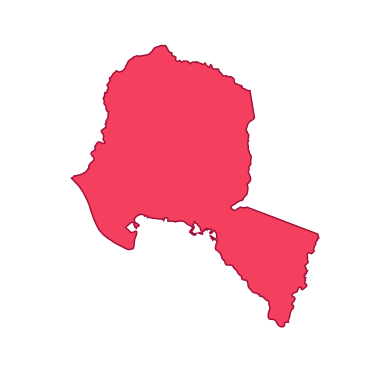 Arroio Grande, Rio Grande do Sul, Brazil, rotated 79°
{"feature_id": "56859067B21343719092926", "entity_name": "Arroio Grande", "entity_type": "district", "adm_level": 2, "iso_a3": "BRA", "parent_name": "Brazil", "parent_adm1": "Rio Grande do Sul", "projection": "orthographic", "projection_center": [-52.86, -32.195], "detail": "fine", "context": "isolated", "style": "filled", "palette": "rose", "viewbox_px": 384, "rotation_deg": 79, "n_neighbors": 0, "source": "geoboundaries", "source_scale": "gbopen_adm2", "svg_char_len": 6018}
<svg xmlns="http://www.w3.org/2000/svg" viewBox="0 0 384 384"><g transform="rotate(79 192 192)"><path d="M233.5,189.3L232.4,188.0L232.2,186.6L230.8,186.9L231.1,185.4L232.0,184.4L230.5,184.2L232.2,182.2L231.6,180.7L232.5,180.2L233.5,180.3L234.6,181.1L235.3,182.3L236.4,182.1L235.8,180.0L233.8,177.8L234.8,176.9L237.5,176.0L239.5,176.1L241.0,176.4L244.0,176.4L250.4,179.4L251.8,179.8L253.3,179.5L254.3,178.2L256.3,176.8L258.3,175.7L261.0,175.2L262.4,175.3L265.0,174.0L265.8,173.3L266.8,173.0L268.3,173.0L269.9,172.5L270.6,170.6L271.0,168.0L271.8,166.6L272.6,166.0L274.4,165.5L275.9,164.5L277.1,163.4L281.7,161.8L284.1,159.7L285.2,159.5L286.4,159.8L287.6,159.1L289.1,155.6L290.4,154.6L295.5,154.8L297.0,154.3L301.6,151.6L302.7,150.4L303.6,147.9L305.9,145.4L306.9,145.6L308.0,143.2L308.9,142.1L311.8,140.1L313.0,138.9L313.4,137.7L314.7,137.4L316.6,137.9L317.6,137.8L320.1,137.5L322.3,138.3L324.8,139.8L326.5,140.4L328.9,141.0L330.4,140.9L331.4,140.3L331.9,139.3L332.9,135.7L334.7,134.2L338.6,133.1L340.8,131.2L341.4,130.0L341.6,128.4L341.2,127.1L340.1,126.5L338.9,126.4L337.9,125.4L338.1,122.1L336.5,122.1L333.3,120.1L329.7,118.7L328.5,118.1L327.0,116.9L326.0,115.5L325.1,114.7L323.8,114.0L322.5,114.3L321.9,115.5L320.8,115.4L317.9,112.1L316.1,111.2L314.7,111.7L313.8,113.1L312.7,113.5L311.8,113.2L310.5,111.5L310.2,108.4L309.2,107.4L306.8,106.0L306.2,105.1L306.0,103.8L306.7,103.0L308.1,103.4L308.9,102.3L308.5,101.1L306.2,97.3L305.1,97.2L303.9,97.7L303.0,98.7L301.7,98.6L300.2,97.3L298.5,97.6L297.8,96.7L297.2,97.7L296.3,98.2L295.0,96.5L294.0,96.7L293.8,95.4L292.6,95.2L292.2,94.1L291.0,93.6L290.2,94.4L289.1,95.1L288.1,94.6L286.9,95.2L285.4,94.8L283.7,91.9L282.8,91.3L280.4,91.6L277.7,91.0L276.1,91.2L274.9,90.7L273.9,89.5L274.3,87.7L275.3,86.8L274.8,85.2L273.1,83.3L272.1,83.7L270.9,83.4L267.9,81.6L267.1,80.7L266.1,80.3L265.0,80.3L263.3,78.2L261.7,77.8L261.9,76.7L260.8,76.3L257.3,76.6L217.4,140.9L217.5,142.9L217.2,145.3L216.1,147.2L218.5,153.9L215.6,156.6L214.1,156.7L213.1,155.5L212.0,152.1L211.3,151.0L209.6,146.2L209.8,144.5L209.1,143.3L207.7,142.8L207.1,141.6L205.9,140.4L205.1,138.8L204.1,138.6L203.3,137.9L200.2,136.7L198.2,136.3L196.9,136.4L196.0,136.2L194.7,136.5L193.9,134.6L192.8,133.8L192.1,132.4L189.0,131.8L185.5,132.4L184.2,133.0L183.0,132.8L180.4,131.6L177.9,131.3L176.2,129.1L172.6,128.5L168.9,127.1L166.1,127.6L164.8,128.2L161.9,128.3L160.8,128.7L158.3,128.0L155.7,128.1L153.8,127.8L152.4,126.6L151.1,127.3L150.3,126.5L146.9,125.4L145.6,125.8L144.8,126.5L143.8,126.3L142.6,126.6L141.8,127.4L135.5,123.9L133.6,121.5L133.2,119.8L132.5,118.4L131.8,117.3L130.8,116.5L103.4,115.8L103.4,117.2L102.6,118.6L100.5,121.2L99.7,122.6L98.5,123.5L97.9,122.6L96.7,123.6L96.3,124.7L93.8,128.7L92.1,129.7L90.4,129.2L88.7,129.4L86.9,131.0L85.9,132.2L86.1,134.0L84.5,136.1L84.2,138.7L83.0,139.9L80.9,140.7L78.3,142.7L76.8,142.3L76.0,143.8L75.4,147.3L74.6,148.3L71.5,148.5L70.5,149.6L73.0,151.0L72.1,152.3L70.2,153.9L68.0,154.3L69.1,157.1L67.8,158.2L66.9,160.1L65.1,162.4L65.8,163.5L64.9,164.2L64.6,166.9L65.8,169.6L64.4,170.0L63.5,170.7L62.3,172.6L62.4,173.7L61.8,175.0L62.6,177.6L61.7,178.3L60.6,178.7L60.9,181.5L60.4,182.5L59.2,183.0L56.7,182.1L55.4,183.4L54.9,184.8L54.0,185.5L51.4,185.3L51.2,186.5L50.1,187.5L49.2,188.0L43.8,189.7L42.9,190.8L43.0,192.1L42.4,193.6L42.4,195.8L43.0,197.3L42.9,199.0L43.7,201.7L44.8,203.0L45.9,203.9L48.5,207.8L48.8,210.7L48.8,214.0L48.6,215.6L48.8,217.2L47.8,220.1L48.4,223.6L49.4,225.1L50.1,227.2L51.5,229.6L54.1,231.4L55.5,232.8L56.7,233.3L58.1,234.3L59.9,237.2L60.3,238.8L60.3,240.7L58.6,243.2L59.5,244.4L61.3,247.3L63.8,249.3L64.1,250.9L65.2,251.5L66.3,251.0L68.4,252.4L70.7,255.1L72.9,254.3L74.1,254.2L74.9,254.8L75.6,255.9L77.7,256.4L78.5,257.6L77.7,258.5L80.3,259.5L81.4,259.5L82.1,260.5L83.5,261.3L86.0,260.7L87.8,261.4L88.9,261.4L91.0,260.3L92.2,260.1L93.3,260.6L94.4,260.5L96.8,259.8L97.6,258.6L99.7,259.6L101.2,259.6L104.0,260.9L104.9,262.0L105.9,262.8L107.5,262.6L108.0,263.8L108.9,264.2L111.8,263.8L114.4,269.3L115.4,269.4L116.7,269.1L117.8,268.4L120.3,268.0L121.8,268.4L122.8,269.2L124.0,269.1L126.2,268.1L127.5,268.5L127.2,270.6L126.4,271.4L125.0,273.8L125.2,275.0L126.9,277.0L127.8,277.5L128.7,278.8L129.9,278.6L131.7,278.9L132.5,279.9L133.5,282.5L134.2,283.4L135.3,283.8L137.7,283.0L138.6,282.2L140.4,282.0L142.1,282.2L143.7,285.2L144.8,286.6L146.4,288.1L147.7,288.7L149.1,288.7L149.6,290.0L150.7,290.8L152.1,292.7L152.6,293.8L152.8,295.2L153.5,296.1L153.5,297.6L154.0,300.0L153.7,301.5L154.1,302.9L153.6,304.5L154.7,305.6L155.4,307.7L164.8,301.7L171.5,298.9L180.5,296.3L186.6,295.2L192.6,294.6L199.7,293.5L204.3,292.5L210.4,290.8L211.5,290.3L215.8,287.9L217.6,286.7L222.2,282.6L223.6,281.0L226.1,278.7L228.6,275.8L235.7,266.8L236.5,265.2L236.6,262.4L236.3,260.6L234.3,259.4L227.4,257.3L223.6,254.9L220.6,253.8L219.7,254.6L220.2,257.0L220.2,259.7L216.5,262.1L215.5,263.1L214.1,263.8L213.1,262.5L210.6,258.1L210.2,256.9L210.6,255.7L211.8,254.7L212.9,255.3L214.1,254.6L215.4,254.9L217.0,253.5L215.6,252.6L215.4,251.1L214.6,250.2L213.6,250.8L211.1,253.6L208.2,254.1L206.9,253.1L205.5,251.7L204.4,248.7L204.2,247.0L204.5,245.0L205.3,243.6L206.7,243.1L206.6,241.7L207.2,240.5L208.6,240.6L208.6,239.3L210.0,236.0L212.0,230.1L212.4,228.2L213.2,226.6L213.0,225.5L214.5,225.2L213.4,224.4L212.3,224.0L212.3,222.4L213.1,221.0L214.6,220.9L216.0,221.2L217.0,216.5L218.2,214.0L217.9,212.5L218.2,211.1L218.1,209.3L218.6,207.4L219.4,205.6L221.3,203.8L222.4,203.1L226.1,198.5L227.5,198.4L229.0,200.0L229.7,201.2L230.9,201.9L233.5,199.8L234.7,198.4L234.7,196.4L233.6,196.0L233.9,197.3L233.0,198.2L232.3,199.3L231.4,199.8L230.1,199.5L227.9,196.9L226.8,196.4L224.6,197.6L223.5,196.4L221.5,195.6L222.6,194.6L223.6,194.3L224.0,193.1L225.5,192.8L227.7,191.1L228.9,190.7L230.4,190.9L231.8,190.6L232.6,189.8L233.5,189.3ZM238.7,182.3L241.1,181.7L242.0,181.0L243.2,180.8L242.3,179.8L243.5,178.1L241.9,178.3L240.7,180.3L239.3,180.9L238.7,182.3ZM233.5,189.3L234.3,190.4L233.6,191.5L233.5,193.4L234.7,191.5L235.4,189.8L233.5,189.3Z" fill="#f43f5e" stroke="#9f1239" stroke-width="1.5"/></g></svg>